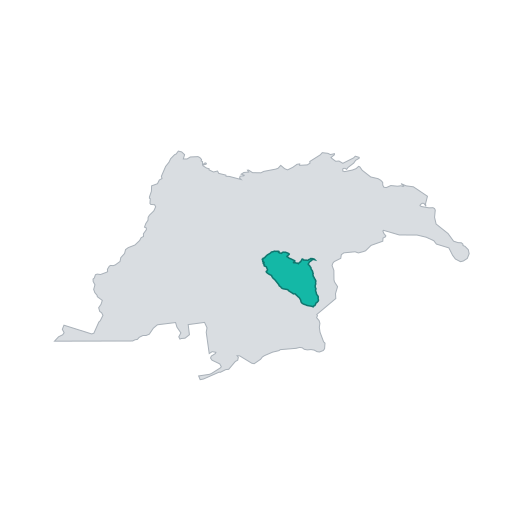 Colombia, with Casanare highlighted, rotated 82°
{"feature_id": "COL-1422", "entity_name": "Casanare", "entity_type": "Intendancy", "adm_level": 1, "iso_a3": "COL", "parent_name": "Colombia", "parent_adm1": "", "projection": "equal_earth", "projection_center": [-71.807, 5.325], "detail": "fine", "context": "in_parent", "style": "filled", "palette": "teal", "viewbox_px": 512, "rotation_deg": 82, "n_neighbors": 0, "source": "natural_earth", "source_scale": "10m", "svg_char_len": 7156}
<svg xmlns="http://www.w3.org/2000/svg" viewBox="0 0 512 512"><g transform="rotate(82 256 256)"><path d="M286.7,59.0L282.7,61.2L274.8,63.9L269.3,75.7L265.6,77.8L261.1,84.8L257.7,93.5L255.1,111.2L248.3,126.2L248.9,126.9L251.6,126.2L254.1,124.6L255.0,125.1L255.9,127.7L259.0,128.4L261.5,140.6L266.1,146.8L266.6,149.2L267.2,154.2L265.6,157.3L265.1,168.5L266.5,171.3L270.1,172.4L272.4,179.3L273.8,180.9L276.0,182.0L281.1,180.9L290.4,182.1L292.5,181.9L297.7,179.5L304.3,182.5L309.2,182.9L322.4,204.0L323.7,203.4L325.4,204.6L328.8,202.5L331.6,202.1L335.4,203.2L340.4,203.2L350.4,201.0L351.9,199.8L357.4,201.0L359.0,202.6L359.9,206.5L359.2,208.9L357.3,211.4L356.3,214.5L356.1,218.3L355.1,221.2L353.3,223.0L352.6,225.6L353.0,229.1L352.1,245.0L352.9,246.4L353.5,252.9L355.8,261.4L356.9,263.8L358.9,265.8L362.4,272.8L361.6,275.1L352.6,286.1L352.1,288.6L353.9,287.6L356.6,288.6L357.6,291.2L364.4,298.8L364.3,301.8L366.2,307.5L365.9,308.8L370.5,325.1L370.7,328.5L366.8,329.5L366.7,318.5L366.1,316.3L361.7,306.6L360.8,305.8L357.8,306.9L353.0,314.1L350.7,315.2L348.9,314.2L347.0,309.9L345.8,309.1L344.6,312.7L346.1,315.9L324.6,315.9L320.3,314.5L314.6,316.2L314.5,332.7L324.7,332.9L327.5,337.7L327.3,341.5L327.7,342.9L325.3,343.7L321.7,341.1L315.4,344.2L310.7,344.9L310.4,363.2L313.2,367.7L318.6,372.6L319.4,375.9L319.0,379.1L320.3,383.0L322.1,385.1L322.1,387.4L323.0,390.0L312.3,467.4L308.5,462.7L307.1,458.4L305.3,456.7L301.7,458.0L297.8,455.8L310.3,429.6L309.9,427.3L299.5,420.8L298.4,419.2L293.4,415.8L290.7,416.8L289.1,418.5L285.3,419.0L282.3,416.2L278.6,414.4L274.2,418.8L272.9,418.8L269.8,420.7L266.5,421.4L262.1,419.5L258.6,420.8L256.2,420.6L255.3,419.2L252.2,417.6L251.8,415.8L252.7,412.6L251.3,406.2L250.8,405.1L248.5,405.0L245.7,402.7L245.1,401.3L245.7,398.7L245.2,396.5L242.5,391.4L238.8,390.1L235.2,385.8L231.5,384.3L229.9,381.3L228.3,374.4L224.5,369.1L221.9,367.2L221.0,364.7L218.3,364.4L214.7,360.9L213.0,360.7L211.9,362.4L208.5,360.6L205.6,358.0L202.6,357.4L200.7,355.8L197.1,350.9L193.3,348.5L191.1,349.3L190.3,353.0L189.1,353.7L184.6,352.7L183.9,353.5L182.7,353.3L177.4,350.6L172.0,349.6L170.7,343.5L167.3,341.2L166.2,338.3L163.9,338.6L154.7,333.0L151.0,329.1L147.8,327.0L144.4,322.6L143.9,320.9L141.3,318.3L142.6,315.1L145.7,312.6L149.8,314.5L150.3,310.7L148.8,307.3L149.5,299.7L150.6,298.0L152.8,296.5L154.2,297.1L155.1,295.8L158.4,296.3L159.4,295.8L162.0,292.8L163.1,290.3L164.2,290.5L166.9,286.4L166.5,282.3L169.0,281.4L171.7,274.6L172.9,274.5L173.5,271.3L178.2,260.1L176.5,261.4L174.7,260.6L174.9,256.9L174.4,256.4L172.9,259.3L171.6,256.4L171.9,251.6L169.8,252.5L169.9,251.4L173.0,247.8L174.3,239.6L173.3,236.6L172.7,224.3L172.2,221.9L169.7,218.9L173.6,215.4L175.1,212.7L173.3,207.2L170.9,202.6L170.9,199.9L172.3,200.2L172.9,192.5L171.6,189.6L169.9,189.6L164.8,178.3L162.9,176.0L164.3,170.6L165.9,168.2L165.6,164.1L166.7,164.3L168.9,168.0L169.8,167.4L173.3,163.9L173.5,160.6L176.3,157.1L172.4,145.6L171.0,143.8L172.7,140.1L173.6,140.3L175.1,144.0L177.6,146.3L181.2,152.7L182.8,154.2L181.6,155.6L181.4,157.1L181.9,158.0L184.0,158.2L184.8,156.4L184.3,148.6L183.4,144.7L181.5,141.9L182.2,140.8L185.9,138.9L193.7,131.4L196.4,124.4L198.4,121.9L200.7,120.3L203.5,120.6L205.7,119.8L206.4,117.5L205.0,112.7L206.6,106.1L206.6,102.7L207.7,100.7L207.3,99.9L204.5,102.3L207.4,97.6L209.4,90.5L220.7,77.9L228.0,80.9L230.4,80.8L227.3,82.3L226.9,84.1L227.9,86.0L229.0,86.6L230.0,85.4L232.4,78.0L232.8,74.0L233.9,72.6L235.5,72.1L242.6,73.8L249.4,73.2L260.5,62.7L268.8,58.3L270.9,54.0L271.5,50.8L273.0,49.5L274.5,49.5L275.5,47.7L279.3,44.9L283.4,44.6L287.8,47.1L289.8,51.4L290.1,54.3L286.7,59.0ZM158.5,295.0L158.0,295.5L157.1,294.5L156.7,293.3L157.3,292.3L158.1,292.6L158.5,295.0Z" fill="#d9dde1" stroke="#a8b0b8" stroke-width="1"/><path d="M267.9,198.2L267.4,199.3L267.4,199.6L267.3,199.8L267.5,200.5L267.9,201.4L268.6,202.4L269.1,203.6L269.3,203.9L269.7,204.2L270.4,204.7L271.0,205.3L271.5,205.4L271.8,205.4L272.9,204.3L273.9,204.0L275.0,203.3L275.4,203.2L275.7,203.2L276.1,203.3L276.7,203.2L278.7,202.2L279.2,202.1L280.6,202.1L281.0,201.8L281.3,201.8L281.5,201.9L282.0,202.2L282.3,202.3L282.9,202.1L283.2,202.1L283.6,202.2L284.1,202.1L284.8,201.7L285.1,201.6L285.4,201.4L285.7,201.4L286.3,201.3L287.0,200.9L287.5,200.6L287.9,200.5L288.2,200.5L288.5,200.5L288.9,200.2L289.5,200.3L290.1,200.6L290.5,200.7L291.6,200.7L292.2,200.8L293.5,201.5L295.3,201.7L295.5,201.6L296.0,201.4L296.4,201.3L296.8,201.2L297.1,201.3L297.8,201.7L297.9,201.8L299.0,201.8L300.4,201.5L301.4,201.4L302.1,201.4L302.5,201.3L303.3,200.8L304.6,200.1L305.1,200.1L305.5,200.1L306.0,200.3L306.3,200.4L306.8,200.4L307.4,200.3L308.0,200.3L308.5,200.3L308.8,200.4L309.4,200.8L309.6,201.0L309.8,201.4L309.9,201.6L310.5,202.0L310.7,202.5L310.8,202.8L310.9,203.0L311.1,203.3L312.4,203.9L312.8,204.2L313.2,204.7L313.4,204.9L313.4,205.2L313.4,205.6L313.7,206.1L314.3,206.5L314.0,207.0L313.5,207.9L312.2,212.0L311.9,212.7L311.1,213.8L311.0,214.2L310.3,215.5L309.9,216.1L309.3,216.8L308.7,217.3L308.2,217.6L307.4,217.8L305.9,217.9L305.2,218.1L304.0,218.7L303.6,218.8L303.2,219.0L302.0,220.2L300.7,221.1L300.3,221.5L300.0,221.8L299.2,222.2L298.9,222.6L298.8,223.1L298.7,224.3L298.5,224.5L298.2,224.7L294.9,228.6L294.6,228.8L293.8,229.1L293.6,229.5L292.3,233.5L291.9,234.3L291.7,234.6L291.2,235.2L290.9,235.3L290.7,235.4L290.4,235.6L289.8,236.0L288.9,237.0L288.7,237.2L287.6,237.4L282.2,240.6L280.7,241.9L279.9,242.5L278.2,243.2L277.7,243.2L277.4,243.4L275.9,245.6L274.4,247.2L273.7,247.8L273.0,248.1L272.6,247.9L272.4,247.5L272.3,247.2L271.5,246.6L271.3,246.5L271.1,246.5L268.1,247.3L267.9,247.5L267.0,249.2L266.6,249.3L266.1,249.2L265.8,248.9L264.9,249.6L264.4,249.8L264.2,249.3L264.1,249.2L263.9,249.0L263.6,248.9L263.4,248.9L263.3,249.1L262.9,250.0L262.7,250.1L262.5,249.9L262.4,249.8L262.2,249.9L262.0,250.0L261.3,249.8L261.1,249.8L260.7,250.2L260.6,250.3L260.4,250.3L259.8,250.0L259.8,249.3L259.7,249.1L259.4,249.0L259.2,249.0L259.2,248.8L259.2,248.7L259.1,248.3L259.1,248.1L259.0,247.9L258.7,247.4L258.6,247.2L258.4,247.0L258.2,247.0L256.5,244.6L255.2,241.4L254.3,240.3L254.2,240.0L254.1,239.2L254.2,238.8L253.8,237.3L253.8,236.8L254.2,235.7L254.2,234.6L254.5,232.9L254.6,232.7L254.9,232.6L255.6,233.1L256.0,232.4L256.4,232.0L256.5,231.7L256.6,231.1L256.9,230.4L256.7,230.1L256.3,229.6L256.1,229.2L256.0,228.8L256.0,228.4L256.1,227.9L256.1,227.7L256.3,227.3L256.3,226.4L256.4,226.2L257.5,224.2L257.8,223.7L258.1,223.4L258.3,223.2L258.7,222.8L259.1,223.0L259.7,224.1L260.1,224.5L260.6,225.4L260.9,225.5L262.0,224.1L262.8,223.5L263.1,223.0L263.5,222.1L265.6,219.0L266.0,218.4L266.2,218.2L266.4,218.2L266.6,218.3L266.7,218.5L266.9,219.0L267.0,219.1L267.4,219.6L267.6,219.8L267.8,219.8L267.9,219.7L268.2,217.9L268.3,217.7L268.4,217.4L268.6,217.1L268.7,216.8L268.8,216.5L268.8,216.0L268.9,215.8L269.1,215.6L269.5,215.2L269.0,214.7L268.6,213.8L268.2,213.5L268.1,212.9L267.3,212.1L265.5,210.8L265.5,210.3L265.6,210.1L265.8,209.9L266.1,209.8L266.6,209.6L266.6,209.4L267.0,207.6L267.2,206.3L267.5,205.6L267.5,205.1L267.0,204.4L266.8,204.0L266.8,203.7L266.7,203.4L266.6,202.8L266.4,202.6L266.2,202.4L266.1,202.2L266.5,200.3L267.3,198.6L267.9,198.2Z" fill="#14b8a6" stroke="#0f766e" stroke-width="1.5"/></g></svg>